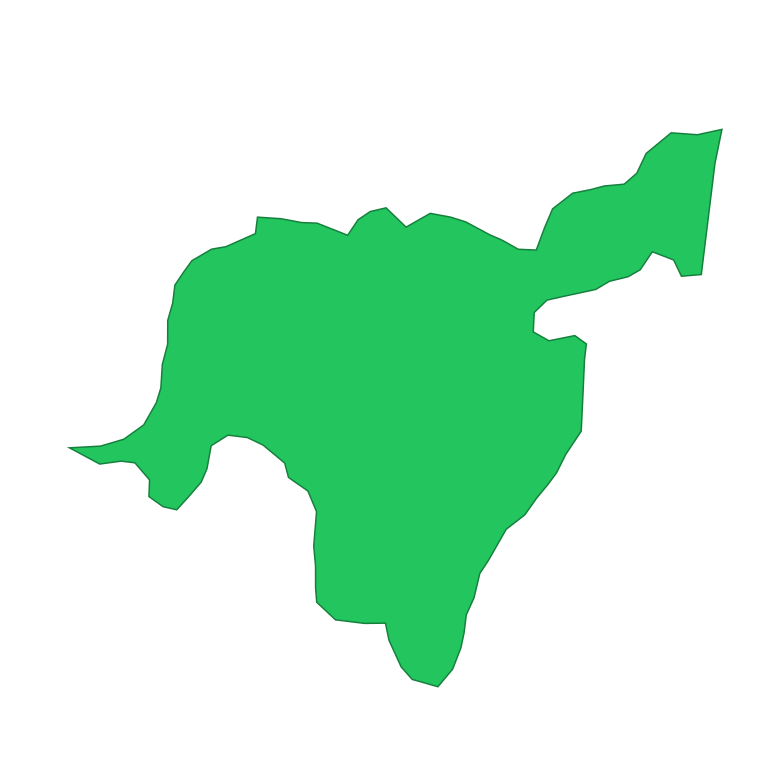 Myrtou, Cyprus, rotated 97°
{"feature_id": "46923920B74910454629938", "entity_name": "Myrtou", "entity_type": "district", "adm_level": 2, "iso_a3": "CYP", "parent_name": "Cyprus", "parent_adm1": "", "projection": "orthographic", "projection_center": [33.074, 35.32], "detail": "fine", "context": "isolated", "style": "filled", "palette": "green", "viewbox_px": 768, "rotation_deg": 97, "n_neighbors": 0, "source": "geoboundaries", "source_scale": "gbopen_adm2", "svg_char_len": 1468}
<svg xmlns="http://www.w3.org/2000/svg" viewBox="0 0 768 768"><g transform="rotate(97 384 384)"><path d="M311.3,603.6L329.3,603.6L347.3,606.4L370.8,603.6L391.6,606.4L415.1,605.0L430.3,607.7L453.9,617.5L470.5,635.5L480.2,657.8L485.7,688.4L498.1,656.4L492.6,635.5L492.6,621.6L507.8,605.0L524.4,603.6L532.7,588.3L534.1,574.4L520.3,564.6L503.7,553.5L489.8,549.4L466.3,548.0L453.8,532.7L453.8,513.2L459.4,496.5L474.6,472.9L488.4,467.4L499.5,446.5L518.9,435.4L553.5,434.0L572.8,429.8L595.0,427.0L608.8,424.2L624.0,403.4L624.0,374.2L621.2,353.4L637.8,347.8L662.7,332.5L673.8,320.0L677.9,293.6L658.6,281.1L636.4,275.5L621.2,274.2L603.2,274.2L585.2,268.6L560.3,265.8L546.5,258.9L513.3,245.0L496.7,228.3L478.7,218.6L463.5,208.9L451.1,201.9L431.7,195.0L406.8,182.5L369.4,185.3L334.9,188.0L319.6,188.0L312.7,200.5L321.0,225.6L314.1,242.2L294.7,243.6L280.9,232.5L275.4,217.2L264.3,185.3L254.6,172.8L247.7,154.7L239.4,143.6L220.1,133.8L225.6,111.6L240.8,101.9L236.7,82.4L214.5,82.4L185.5,82.4L164.8,82.4L141.2,82.4L124.6,82.4L90.1,79.6L98.4,103.3L99.7,129.6L123.2,151.9L144.0,158.8L156.4,170.0L160.6,189.4L166.1,203.3L171.6,220.0L189.6,238.0L209.0,243.6L232.5,249.2L233.9,267.2L227.0,283.9L222.8,297.8L213.1,322.8L210.3,338.1L209.0,358.9L225.6,381.2L208.9,403.4L214.5,418.7L224.2,429.8L240.8,438.2L232.5,470.1L233.8,485.4L232.5,506.3L233.8,529.9L250.4,529.9L267.0,557.7L271.2,571.6L285.0,589.7L297.5,596.6L311.3,603.6Z" fill="#22c55e" stroke="#15803d" stroke-width="1.5"/></g></svg>